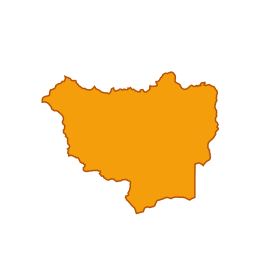 the district of Itaberá, São Paulo, Brazil, rotated 115°
{"feature_id": "56859067B47195515530688", "entity_name": "Itaberá", "entity_type": "district", "adm_level": 2, "iso_a3": "BRA", "parent_name": "Brazil", "parent_adm1": "São Paulo", "projection": "albers", "projection_center": [-49.149, -23.906], "detail": "fine", "context": "isolated", "style": "filled", "palette": "amber", "viewbox_px": 256, "rotation_deg": 115, "n_neighbors": 0, "source": "geoboundaries", "source_scale": "gbopen_adm2", "svg_char_len": 4108}
<svg xmlns="http://www.w3.org/2000/svg" viewBox="0 0 256 256"><g transform="rotate(115 128 128)"><path d="M69.3,58.9L67.8,59.3L65.7,59.0L63.6,60.6L62.1,61.0L60.7,61.6L58.8,61.7L56.6,63.2L56.0,65.0L54.9,66.4L54.2,67.7L54.7,69.6L54.5,71.3L54.3,72.6L55.6,74.5L56.8,75.8L56.8,77.4L55.2,77.0L54.2,77.6L55.1,78.8L56.0,80.4L57.9,80.9L58.6,80.0L59.5,80.8L59.6,82.2L61.0,82.7L60.6,84.0L62.1,84.8L62.6,86.4L62.4,88.2L63.1,89.1L66.8,90.7L67.9,91.5L68.8,92.7L69.4,94.4L69.0,96.4L68.2,97.6L66.8,99.2L66.6,101.0L66.6,102.8L66.1,104.9L64.4,105.8L62.8,106.1L60.5,107.5L59.5,109.3L58.9,110.4L58.9,112.2L60.0,113.6L61.8,115.2L62.7,117.4L64.8,118.9L67.0,118.9L68.8,119.6L71.1,119.7L73.1,120.4L74.1,122.2L75.2,121.5L76.0,120.2L77.2,119.5L78.5,120.8L79.6,122.9L80.5,124.4L80.3,125.8L81.4,125.6L82.5,125.2L83.8,124.6L85.3,125.4L86.8,126.1L87.9,127.1L88.3,128.2L88.0,129.4L87.1,130.1L87.2,131.4L88.5,132.9L89.9,132.4L90.8,133.7L90.9,134.9L91.1,136.8L90.5,139.2L91.5,140.6L90.3,142.8L91.5,143.4L91.8,144.8L93.3,144.4L94.0,145.8L94.5,148.1L95.9,148.9L95.8,150.4L96.2,151.8L97.4,152.4L98.4,153.3L99.2,154.2L100.0,155.2L99.2,156.9L97.8,158.0L99.5,159.4L101.0,159.2L102.1,159.0L103.3,159.0L105.1,159.8L105.0,161.5L105.9,163.5L106.7,167.4L106.0,169.2L106.0,171.1L105.9,173.9L105.1,174.9L104.5,175.9L106.1,176.3L108.0,177.0L109.3,178.1L110.1,179.9L110.7,182.2L110.3,183.8L111.3,185.4L111.1,187.3L110.7,188.4L110.6,190.5L109.8,191.4L109.3,192.9L108.9,194.0L107.9,194.6L107.1,195.5L107.7,196.7L108.4,197.7L108.7,199.6L107.6,201.2L107.8,204.0L107.9,205.6L107.9,206.9L109.6,205.5L111.4,205.5L113.0,205.7L113.6,207.3L115.2,207.6L116.4,208.2L117.3,209.6L118.8,210.6L120.1,211.3L121.7,210.9L122.9,211.1L124.1,212.1L125.5,213.2L126.1,214.3L127.9,214.3L130.0,213.5L131.7,213.2L133.2,214.6L133.8,215.7L135.7,217.4L136.7,217.9L138.2,217.8L139.6,217.1L140.9,216.6L139.6,214.8L139.2,212.6L139.4,210.5L140.2,208.9L141.2,206.7L142.9,205.2L143.3,203.6L143.5,202.2L142.5,200.1L142.6,198.1L143.2,196.3L143.5,195.2L143.9,194.0L144.8,192.0L146.2,190.8L148.0,190.0L149.5,190.2L150.8,189.7L151.8,188.7L152.0,187.3L153.0,186.1L154.2,185.8L155.7,185.2L157.3,185.6L159.5,184.4L159.9,183.2L160.0,182.0L161.0,181.2L162.2,181.0L162.3,179.7L162.9,178.3L165.5,177.2L167.2,176.3L168.1,175.4L168.4,173.9L169.4,173.2L171.0,172.9L172.5,174.0L173.3,172.5L175.0,172.3L176.4,171.8L176.7,170.6L178.3,170.0L177.4,168.7L176.6,167.4L176.6,163.7L176.9,162.4L176.0,160.9L176.6,159.7L177.8,158.4L178.9,157.0L179.3,155.0L178.7,153.8L179.5,152.7L179.5,151.1L181.6,151.1L182.9,151.7L184.9,150.7L185.4,148.7L184.7,146.8L183.2,144.7L181.6,142.0L180.5,140.6L180.2,139.1L179.2,137.9L179.4,136.5L178.9,135.2L179.6,134.2L181.4,134.6L182.1,133.0L182.8,131.5L182.1,129.9L183.3,128.8L183.3,127.6L183.8,125.6L183.4,123.5L181.6,122.2L181.0,120.9L180.3,119.8L180.9,118.2L181.3,115.7L180.4,114.5L179.4,113.1L178.6,111.9L177.3,111.2L176.4,109.5L175.4,107.7L175.7,105.9L175.5,104.1L176.3,102.5L177.9,102.4L179.5,101.5L180.7,100.9L182.0,100.7L183.9,100.3L185.7,100.4L187.0,100.5L188.2,99.3L189.6,99.8L190.4,101.0L191.7,101.1L192.6,100.1L193.7,98.7L194.2,96.9L195.0,95.1L196.0,93.2L196.8,91.2L197.7,88.3L199.3,86.5L200.9,85.3L201.8,84.2L200.6,82.6L199.1,81.0L197.4,78.8L195.5,79.0L193.9,79.2L192.4,78.3L191.3,77.2L190.8,74.7L189.4,73.0L188.5,71.8L187.1,70.9L184.9,71.1L183.2,71.1L181.9,71.0L180.5,70.0L179.9,68.9L178.9,68.1L177.9,66.8L176.0,65.2L175.2,64.4L174.4,63.2L173.9,61.4L173.8,59.1L172.4,58.1L171.1,56.7L169.6,54.0L169.1,52.1L168.1,50.2L167.4,48.3L167.0,46.1L167.3,43.3L167.1,41.6L165.2,40.5L164.0,39.4L162.6,38.1L145.3,46.2L132.4,52.0L131.5,50.9L130.2,49.8L129.5,48.5L129.6,47.1L129.6,45.7L130.2,44.0L128.1,43.7L126.3,43.1L124.5,42.4L123.1,41.1L121.6,40.7L120.4,40.8L119.3,41.1L118.4,42.0L116.9,42.6L115.8,43.7L113.6,44.9L112.3,47.1L109.2,48.6L107.1,48.9L106.0,48.5L104.4,47.9L102.2,46.9L100.6,46.4L98.1,46.1L96.9,45.9L95.9,46.3L94.8,46.9L93.2,46.4L90.9,45.7L90.0,46.3L89.6,47.8L87.0,47.8L85.5,49.4L84.9,51.3L83.4,52.3L82.0,52.7L80.9,52.8L79.4,52.7L78.3,53.8L76.4,54.2L74.9,55.1L74.1,56.3L73.0,57.6L71.6,58.4L70.5,58.8L69.3,58.9Z" fill="#f59e0b" stroke="#b45309" stroke-width="1.5"/></g></svg>